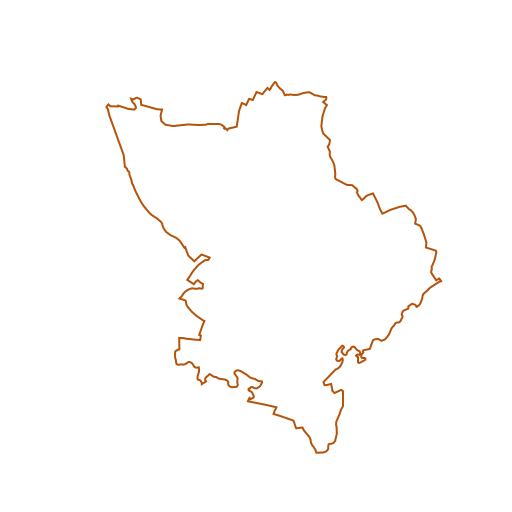 Secuieni, Harghita, Romania, rotated 16°
{"feature_id": "2599482B24162569897100", "entity_name": "Secuieni", "entity_type": "district", "adm_level": 2, "iso_a3": "ROU", "parent_name": "Romania", "parent_adm1": "Harghita", "projection": "orthographic", "projection_center": [24.945, 46.276], "detail": "fine", "context": "isolated", "style": "outline", "palette": "amber", "viewbox_px": 512, "rotation_deg": 16, "n_neighbors": 0, "source": "geoboundaries", "source_scale": "gbopen_adm2", "svg_char_len": 6085}
<svg xmlns="http://www.w3.org/2000/svg" viewBox="0 0 512 512"><g transform="rotate(16 256 256)"><path d="M295.2,124.2L287.0,119.8L285.1,117.2L283.0,113.1L282.2,108.3L281.4,102.8L281.6,95.3L282.5,91.3L278.1,89.5L280.0,86.7L280.2,84.9L279.6,83.8L277.8,84.3L273.7,84.9L270.6,84.9L268.2,85.3L263.1,84.0L261.7,84.0L258.8,85.2L255.6,86.9L252.9,88.9L251.0,89.9L247.8,90.8L244.0,91.4L242.8,92.2L241.2,92.3L240.1,93.3L239.3,93.5L236.2,89.7L233.4,88.6L229.7,86.4L228.5,84.8L227.5,83.8L226.5,83.5L226.2,83.7L224.4,88.3L223.9,91.0L223.3,92.6L220.7,91.3L218.5,96.2L217.6,98.6L217.1,98.8L214.5,98.4L211.3,98.3L210.8,101.7L210.5,103.0L210.0,106.9L206.1,106.8L205.6,109.5L205.0,113.6L202.3,113.1L200.2,112.9L199.8,119.3L199.8,122.0L201.8,137.0L194.2,141.2L193.8,142.9L191.1,141.6L190.6,142.3L190.1,142.0L190.6,141.3L190.5,141.0L188.4,140.0L186.6,139.4L185.0,139.2L183.6,139.4L179.4,140.7L173.6,142.2L171.6,143.6L165.5,145.7L154.3,148.3L140.6,153.9L132.9,154.8L127.8,152.4L125.6,147.4L125.3,141.1L120.8,142.2L103.9,142.3L102.1,137.3L98.6,136.6L97.6,136.8L94.8,139.3L92.6,139.3L94.9,142.1L97.4,143.5L99.4,145.8L99.8,146.7L98.7,148.8L92.6,149.8L82.1,149.4L82.1,150.3L74.8,152.2L72.4,150.9L71.1,153.9L73.4,156.1L76.3,161.3L77.7,163.3L100.6,194.9L101.5,196.7L105.4,206.4L105.7,206.4L108.0,207.7L109.1,209.5L110.4,209.8L111.2,210.6L111.7,212.2L112.5,213.6L114.0,215.5L115.3,217.3L116.4,219.7L117.1,220.6L118.4,221.8L121.9,226.4L127.7,232.8L130.6,235.7L134.4,239.0L141.5,243.9L144.6,245.4L150.2,247.1L155.1,249.3L156.7,250.6L158.1,253.0L159.8,255.1L163.1,257.7L168.4,259.6L174.2,260.5L178.5,262.4L184.9,267.8L185.5,267.0L190.8,274.3L198.1,278.1L203.2,269.6L211.9,270.3L211.2,272.9L208.0,274.2L206.7,276.0L205.4,277.4L203.8,279.6L202.7,281.3L200.1,286.8L198.7,291.0L198.3,292.7L196.5,297.9L204.0,300.2L205.2,297.3L206.6,295.3L210.3,296.9L212.8,297.5L213.0,298.9L213.6,301.9L212.6,302.5L209.9,302.7L209.3,303.3L207.5,304.1L203.4,304.7L201.7,305.7L198.9,308.3L197.9,309.7L197.1,311.0L195.4,315.8L194.1,318.0L199.7,318.1L200.6,318.5L201.0,318.8L202.4,321.7L204.0,323.5L209.5,327.2L215.7,330.1L222.9,332.5L224.3,332.7L223.7,338.0L223.2,347.5L224.9,347.6L225.5,352.2L219.5,353.4L213.2,354.4L212.6,354.7L208.9,354.9L204.8,356.0L208.1,366.9L206.7,367.6L204.9,369.7L204.7,370.1L204.9,371.5L206.3,376.2L207.0,377.0L209.4,381.8L210.2,382.0L211.4,382.0L213.4,381.0L216.1,380.4L217.4,379.7L218.2,379.1L219.6,377.2L220.4,376.5L221.3,376.2L223.4,376.4L225.1,377.5L227.0,379.3L228.1,379.8L229.1,379.8L230.5,379.5L231.7,378.8L232.6,380.8L233.1,383.3L233.0,386.9L233.3,389.2L233.5,389.8L233.9,390.5L234.5,390.9L236.0,390.8L237.5,391.4L238.6,392.6L239.2,394.1L242.6,390.3L241.4,389.4L240.9,388.1L241.3,386.7L241.7,385.9L243.3,383.4L243.8,382.4L244.6,382.4L248.7,383.7L251.1,383.3L253.1,384.0L254.5,384.1L259.9,383.3L262.4,383.7L263.5,384.1L264.1,384.7L264.3,385.5L264.3,386.4L264.7,387.3L266.3,388.4L267.6,388.8L268.9,388.8L272.9,387.4L273.7,386.7L274.0,385.6L273.9,384.5L273.2,383.4L272.6,381.9L272.1,378.9L271.7,378.2L271.0,377.5L267.8,375.0L267.4,374.1L267.5,373.2L268.3,372.1L269.2,371.2L270.4,370.8L273.1,370.9L274.5,371.2L275.8,371.7L279.2,372.5L283.8,374.4L285.1,374.6L288.9,374.5L292.1,375.4L293.4,375.4L296.2,374.9L296.6,375.6L296.6,376.4L296.0,379.3L295.6,380.4L293.7,382.5L292.9,383.2L291.8,383.4L288.6,383.0L287.4,383.4L286.9,384.0L286.7,385.1L285.8,385.4L285.5,385.7L285.6,386.5L286.1,387.1L287.5,387.7L288.4,387.6L289.6,388.2L291.5,390.0L292.7,391.7L292.7,392.6L292.4,393.1L290.1,395.2L289.6,395.3L289.1,394.3L288.9,394.2L288.3,397.1L288.3,397.9L306.1,396.4L317.3,395.8L316.5,400.6L316.4,403.0L322.8,403.1L337.2,403.9L337.6,404.1L341.4,409.7L341.9,410.4L342.3,410.5L347.9,408.0L350.0,410.3L352.7,412.3L357.4,415.4L358.1,416.4L359.1,417.5L359.4,418.6L360.7,420.8L362.3,422.5L364.2,423.8L367.0,426.5L368.3,428.5L374.3,426.5L375.5,425.9L377.5,424.3L378.3,422.6L378.6,421.6L378.0,419.5L377.7,417.6L377.9,416.8L378.3,416.4L380.1,415.8L382.0,414.3L383.1,411.9L382.9,410.6L382.7,404.6L380.7,398.5L379.4,395.8L378.9,393.1L379.9,385.2L380.1,380.0L381.0,376.4L376.9,362.0L374.8,361.2L369.2,366.1L366.4,364.4L366.0,363.1L363.5,358.3L359.9,360.3L357.6,361.3L355.6,358.6L363.9,343.0L364.7,342.6L366.8,340.1L367.9,336.6L368.3,334.3L368.1,332.1L367.3,330.6L366.5,331.2L365.4,333.6L364.0,334.2L362.5,334.2L361.6,333.3L361.5,329.6L360.6,328.8L360.2,327.5L361.3,322.6L362.4,321.0L363.0,319.4L363.8,318.4L364.9,318.6L365.8,319.5L365.5,320.6L364.7,321.7L364.6,323.3L364.7,324.7L367.7,326.7L369.4,326.5L370.2,325.5L370.0,323.7L370.5,322.0L371.3,320.8L372.7,319.6L372.7,318.3L373.3,317.1L374.5,316.2L375.9,316.3L378.1,317.9L379.6,318.7L381.8,319.0L382.9,320.4L382.9,321.7L382.6,322.5L381.1,322.6L380.1,323.2L379.7,324.1L380.3,324.7L381.8,325.0L382.3,326.1L383.2,329.8L384.2,330.5L385.2,330.0L389.2,326.2L389.7,325.4L389.4,324.3L388.3,324.1L386.1,324.9L384.9,323.9L384.6,322.3L384.9,320.9L385.8,319.2L384.9,318.0L385.1,317.1L391.0,314.0L391.7,304.7L393.5,303.2L396.0,302.0L400.1,302.9L402.9,300.7L404.5,297.4L405.4,294.9L405.9,291.3L406.1,288.6L406.8,286.7L408.0,284.5L408.4,282.4L409.6,281.2L411.8,280.4L413.0,278.5L413.1,276.4L413.7,274.9L413.3,273.2L412.7,272.7L412.1,271.7L412.3,269.0L413.0,267.7L416.9,264.6L416.3,262.3L419.2,258.9L421.9,258.9L422.8,259.1L423.7,259.8L424.1,260.6L424.6,260.7L425.2,259.6L425.9,259.0L426.8,257.1L427.2,254.7L427.5,250.6L427.1,248.5L427.4,246.3L431.3,240.2L431.1,239.9L433.3,237.0L437.3,232.5L439.1,230.5L440.9,229.1L438.3,227.1L435.9,229.7L429.0,223.7L428.6,222.0L428.7,220.3L427.8,218.1L428.4,214.4L428.8,209.5L428.3,202.5L427.4,201.3L417.0,201.0L416.1,196.1L411.4,188.9L407.6,183.9L405.5,181.7L400.0,181.0L399.8,178.3L399.4,176.2L396.7,172.6L394.4,170.6L392.3,169.4L390.2,168.8L386.1,166.3L380.8,169.0L372.6,174.5L365.8,180.5L361.9,176.3L358.0,171.0L351.2,163.6L349.9,164.6L347.6,166.0L345.5,167.9L343.5,171.7L342.3,173.1L337.8,169.6L335.4,167.0L335.7,165.4L334.6,164.0L328.9,161.4L323.7,162.6L311.5,160.1L310.3,158.6L309.6,155.2L306.4,147.4L304.2,144.3L299.9,140.1L299.0,138.6L298.2,135.3L294.7,131.1L295.4,129.7L295.6,128.1L295.2,124.2Z" fill="none" stroke="#b45309" stroke-width="2"/></g></svg>